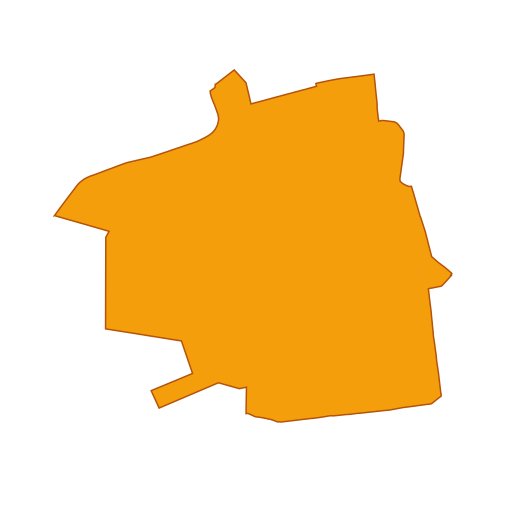 the district of Fantanele, Constanta, Romania, rotated 166°
{"feature_id": "2599482B37422610029163", "entity_name": "Fantanele", "entity_type": "district", "adm_level": 2, "iso_a3": "ROU", "parent_name": "Romania", "parent_adm1": "Constanta", "projection": "natural_earth1", "projection_center": [28.558, 44.619], "detail": "fine", "context": "isolated", "style": "filled", "palette": "amber", "viewbox_px": 512, "rotation_deg": 166, "n_neighbors": 0, "source": "geoboundaries", "source_scale": "gbopen_adm2", "svg_char_len": 3729}
<svg xmlns="http://www.w3.org/2000/svg" viewBox="0 0 512 512"><g transform="rotate(166 256 256)"><path d="M272.0,88.9L271.4,88.8L258.8,87.2L257.1,87.0L250.0,86.1L245.5,85.5L243.9,85.3L242.2,85.1L240.0,84.7L234.9,84.1L232.6,83.9L231.5,83.8L227.5,83.4L225.2,83.3L222.6,83.0L220.4,82.5L219.9,82.2L219.7,82.2L213.7,81.3L207.7,80.5L205.7,80.1L202.6,79.6L199.2,79.2L195.7,78.8L193.0,78.3L178.3,76.3L170.9,75.3L163.4,74.2L160.3,74.0L156.8,73.8L152.1,73.5L151.4,73.5L150.7,73.4L150.3,73.4L150.0,73.4L149.3,73.3L141.8,72.4L126.2,70.7L123.6,70.3L121.9,70.2L120.5,70.6L115.6,72.9L113.9,73.7L110.5,75.1L110.2,75.4L110.0,76.1L109.8,77.7L109.7,79.3L109.0,85.0L108.5,88.7L108.1,91.9L107.7,95.0L107.3,97.9L107.1,100.4L107.1,100.6L106.7,103.7L106.6,105.5L106.4,107.4L106.2,109.6L105.9,111.7L105.5,114.2L105.2,116.1L104.9,119.0L104.6,121.8L104.4,124.1L104.0,127.0L103.9,128.1L103.6,131.5L103.3,134.9L102.4,140.4L101.8,144.7L101.1,149.0L100.7,152.1L100.5,153.5L100.3,154.8L99.4,160.6L98.7,166.5L97.9,173.2L97.0,180.0L96.9,180.8L96.8,181.7L96.7,182.5L95.1,182.5L94.4,182.5L92.6,182.3L89.2,182.2L83.8,181.9L82.7,182.2L79.0,184.6L71.1,189.9L71.6,190.4L70.2,191.4L70.3,191.7L70.7,192.5L75.2,198.9L79.5,204.2L80.7,205.7L81.6,207.0L83.2,209.3L85.7,212.9L85.8,225.1L85.8,231.2L85.9,237.3L85.8,237.5L85.9,239.3L86.7,250.8L86.9,254.0L87.0,254.3L87.2,254.7L87.2,257.2L87.8,273.4L88.0,279.5L88.2,282.6L88.3,286.0L90.6,286.4L92.7,287.8L92.8,287.8L96.1,290.7L97.0,292.0L97.9,293.3L98.0,294.6L97.6,296.5L95.6,301.3L93.7,306.1L90.9,313.0L88.1,319.9L86.7,325.0L84.9,331.1L83.1,337.3L82.8,338.6L82.8,340.6L83.0,341.7L84.1,344.4L86.2,349.2L87.4,351.1L88.1,351.7L88.4,352.0L88.9,352.4L89.3,352.6L90.1,353.0L93.2,354.2L96.6,355.5L98.6,356.3L100.2,356.8L101.1,357.0L104.2,357.2L104.3,357.2L104.1,358.9L103.9,361.3L103.5,363.8L103.5,364.3L103.3,365.8L102.9,368.6L102.7,369.8L102.5,371.0L102.2,372.2L102.2,372.4L101.9,373.2L101.8,373.6L101.0,379.1L100.3,384.2L99.3,391.1L98.8,394.2L97.5,403.9L101.6,404.3L114.8,405.8L116.5,406.0L118.6,406.3L122.5,406.7L125.8,407.1L129.1,407.5L129.6,407.6L130.7,407.7L135.4,408.1L142.5,408.5L144.9,408.6L155.1,409.0L156.2,408.8L156.2,407.4L156.2,406.1L156.4,406.1L157.5,406.0L198.4,405.3L211.3,405.0L224.1,404.8L224.0,409.8L223.9,414.8L223.9,417.8L223.8,426.6L225.1,428.9L232.1,441.8L239.8,438.4L253.9,432.2L254.0,432.3L254.9,429.7L255.1,429.4L259.6,427.5L260.6,427.2L260.9,424.9L260.9,423.7L260.9,421.4L260.7,419.7L260.3,416.5L260.3,416.3L260.0,414.2L259.8,413.4L259.0,406.1L258.9,404.6L258.7,403.2L258.8,400.3L259.1,398.2L259.8,396.2L260.1,395.4L260.5,394.7L261.9,392.3L263.6,390.2L264.9,388.9L265.7,388.2L266.5,387.6L268.5,386.2L270.3,385.4L273.1,384.3L277.1,383.2L282.0,382.1L285.1,381.4L287.2,381.2L289.2,381.0L291.5,380.8L293.8,380.7L294.6,380.6L297.4,380.4L298.6,380.3L302.8,379.9L307.0,379.6L319.9,378.5L332.9,377.5L335.1,377.4L345.1,377.6L357.5,377.8L358.6,377.8L360.8,377.6L365.8,377.1L379.1,375.6L392.8,374.0L397.4,373.6L400.3,373.1L402.3,372.7L405.2,371.8L406.6,371.1L407.3,370.9L408.1,370.5L409.7,369.7L411.9,368.3L414.7,366.1L416.6,364.5L424.5,358.2L435.5,349.2L441.8,343.9L441.7,343.9L392.6,315.5L397.2,310.5L419.6,221.7L348.9,191.6L346.0,157.4L390.3,150.7L386.8,131.9L323.2,142.1L304.2,131.3L297.0,131.0L302.5,110.4L303.6,106.0L303.8,105.5L303.8,105.4L303.1,105.4L302.8,105.4L302.1,105.2L301.4,104.8L301.2,104.7L300.6,104.2L299.8,103.6L296.5,100.9L295.5,100.2L295.1,100.0L294.1,99.6L292.9,99.2L292.3,99.0L290.6,98.2L289.5,97.8L288.5,97.4L287.5,96.8L286.8,96.4L286.1,96.2L285.5,96.0L284.1,95.1L283.4,94.7L283.0,94.6L282.2,94.4L281.7,94.1L280.2,93.2L278.6,92.2L276.8,90.9L276.2,90.5L275.7,90.1L275.2,89.8L274.4,89.7L273.9,89.5L273.3,89.4L273.0,89.3L272.0,88.9Z" fill="#f59e0b" stroke="#b45309" stroke-width="1.5"/></g></svg>